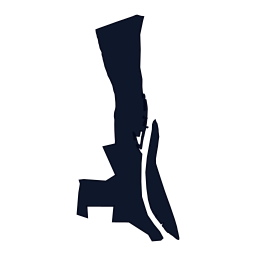 Giza, Al Jizah, Egypt (Equal Earth projection)
{"feature_id": "37247803B55829024150134", "entity_name": "Giza", "entity_type": "district", "adm_level": 2, "iso_a3": "EGY", "parent_name": "Egypt", "parent_adm1": "Al Jizah", "projection": "equal_earth", "projection_center": [31.222, 29.999], "detail": "fine", "context": "isolated", "style": "filled", "palette": "ink", "viewbox_px": 256, "rotation_deg": 0, "n_neighbors": 0, "source": "geoboundaries", "source_scale": "gbopen_adm2", "svg_char_len": 5324}
<svg xmlns="http://www.w3.org/2000/svg" viewBox="0 0 256 256"><path d="M106.3,69.4L107.4,72.2L108.3,75.4L110.5,79.5L111.8,82.6L112.9,85.1L113.5,87.5L114.1,90.6L115.1,93.4L115.4,94.8L115.6,97.0L116.1,102.5L116.2,106.7L115.8,109.4L115.1,111.5L114.8,113.0L114.7,114.3L114.6,116.5L115.1,119.6L115.0,124.6L115.1,130.3L115.4,136.5L115.7,141.0L115.5,144.1L103.3,146.9L115.9,175.1L105.9,181.4L83.8,179.8L79.5,180.3L80.6,183.7L79.1,192.7L77.4,214.1L87.3,217.4L86.6,205.9L114.2,206.0L112.7,221.6L129.0,221.7L148.7,234.3L152.3,240.6L160.7,239.9L162.7,238.0L159.4,231.9L153.6,224.8L147.2,215.5L145.2,209.4L141.3,196.8L140.6,181.8L140.8,163.5L141.6,154.1L140.2,152.4L137.2,146.9L136.3,144.4L136.7,145.0L137.3,145.7L138.2,146.7L138.9,147.3L140.3,148.3L140.8,148.7L141.0,148.7L141.3,148.4L141.4,147.9L141.8,145.1L142.2,142.2L142.5,140.5L143.1,137.6L143.1,137.2L143.0,136.9L142.8,136.8L142.5,136.7L142.0,136.7L142.0,136.8L141.9,136.8L141.6,139.5L141.1,143.0L140.8,144.5L140.6,144.8L140.2,145.1L139.9,145.2L139.2,145.2L138.6,144.9L138.0,144.4L137.6,143.7L137.2,142.6L136.3,139.4L135.7,137.2L135.6,136.9L135.4,136.6L135.1,136.6L134.6,136.7L134.3,136.9L134.2,137.0L134.1,137.7L134.2,138.1L134.3,138.5L134.6,139.5L134.7,140.2L134.3,139.2L133.1,131.7L133.5,132.3L133.6,132.8L133.7,133.0L133.7,133.5L133.7,134.0L133.8,134.3L133.9,134.6L134.0,134.6L134.0,133.9L134.1,133.7L134.3,133.6L134.5,133.6L134.7,133.9L134.9,134.3L134.9,134.5L134.9,134.8L134.8,135.0L134.7,135.1L134.2,135.5L134.1,135.8L134.2,136.0L134.3,136.1L134.6,136.2L135.6,135.9L136.4,135.8L137.7,135.9L138.9,136.1L139.1,136.1L139.2,135.9L139.3,135.3L140.1,131.2L140.2,130.8L140.4,130.6L144.4,131.6L144.5,131.5L144.7,130.6L144.9,130.3L145.3,128.3L145.4,127.4L146.0,127.3L146.5,127.3L146.8,127.5L147.0,127.5L147.4,127.6L147.7,127.4L147.8,127.3L147.8,127.2L147.7,127.1L147.3,127.5L147.2,127.5L147.1,127.4L146.9,127.4L146.7,127.3L146.7,127.2L146.0,126.7L145.6,126.6L145.5,126.3L145.6,126.1L145.7,125.9L145.9,124.9L146.1,123.6L146.3,121.7L146.6,118.8L146.5,119.0L146.3,119.4L146.2,119.5L145.9,119.6L145.6,119.8L145.5,120.0L145.4,120.2L145.3,120.5L145.3,121.1L145.2,122.2L145.2,122.4L145.0,122.8L144.9,123.1L144.8,124.8L144.8,125.6L144.7,125.7L144.6,125.8L143.6,125.4L143.3,125.2L143.7,124.9L143.8,124.8L143.9,124.6L144.0,124.2L143.9,123.6L143.8,123.3L143.6,123.1L143.6,122.9L143.8,122.5L144.1,122.1L144.5,121.7L144.8,121.2L144.8,120.7L144.9,120.3L145.1,119.9L145.3,119.6L145.5,119.5L145.8,119.3L146.2,118.8L146.6,118.4L145.3,118.2L144.4,118.0L143.3,117.9L143.1,117.8L143.1,117.6L143.4,117.2L143.4,116.7L143.5,116.6L143.6,116.4L143.8,116.5L143.8,116.8L143.7,117.1L143.7,117.3L143.7,117.5L143.8,117.7L144.9,117.8L146.0,118.1L146.6,118.2L146.6,117.9L146.7,116.2L146.9,110.8L147.0,109.1L146.9,107.6L146.8,106.5L146.3,103.3L146.0,101.4L145.8,100.0L145.7,99.9L145.5,100.0L145.4,100.1L145.4,100.3L145.3,100.5L145.3,101.5L145.3,102.8L145.4,105.2L145.4,105.6L145.2,106.4L145.0,107.4L145.0,107.8L145.0,109.6L145.0,110.1L144.9,110.2L144.8,110.3L144.7,110.3L144.3,110.3L144.2,110.3L144.2,110.2L144.2,109.8L144.4,108.2L144.2,107.9L144.2,107.7L144.2,107.1L144.2,106.9L143.9,106.3L143.8,105.9L143.9,105.7L144.0,105.5L144.3,105.4L144.5,105.3L144.6,105.2L144.4,104.1L144.2,103.2L144.1,102.2L144.0,101.5L144.1,101.0L144.0,100.1L144.1,99.9L144.4,99.7L144.5,99.5L144.7,97.1L144.7,96.8L144.6,96.4L144.6,95.9L144.5,95.6L144.4,95.3L144.3,95.0L143.9,94.3L143.8,94.2L143.7,94.2L143.5,94.3L143.4,94.4L143.3,94.6L143.1,95.5L142.8,97.3L142.7,98.3L141.6,86.7L141.7,79.3L139.5,67.4L140.0,49.6L139.5,34.5L142.3,20.9L143.4,16.8L141.1,16.6L137.0,15.4L135.7,15.7L133.4,16.7L131.2,17.5L116.3,22.6L108.6,25.4L99.6,28.6L96.2,29.9L96.4,31.4L96.6,32.7L96.9,33.7L97.3,35.1L97.6,37.0L98.4,38.8L98.6,39.8L98.9,41.6L99.1,43.1L99.6,44.5L99.9,45.8L100.1,47.0L100.4,48.2L100.8,49.1L101.3,50.1L101.8,51.1L102.3,52.3L102.3,54.7L103.1,57.3L103.5,59.6L104.4,62.8L105.2,66.4L106.3,69.4ZM152.8,124.4L152.6,129.7L147.6,157.3L146.1,172.4L147.1,188.0L148.7,199.6L150.9,207.8L151.6,209.4L152.5,211.1L152.9,212.1L153.4,212.8L154.2,214.1L154.5,214.6L154.8,215.0L155.4,215.7L155.6,215.8L156.3,215.4L156.5,215.3L156.7,215.6L156.7,215.8L156.6,216.0L156.3,216.3L156.2,216.8L155.9,216.9L161.1,223.5L162.1,222.9L162.4,222.8L162.6,222.8L162.8,222.8L163.0,223.0L163.2,223.3L163.4,223.6L163.5,223.7L163.5,223.9L163.5,224.0L163.3,224.2L162.9,224.9L162.6,225.2L162.6,225.4L162.6,225.6L162.7,225.9L162.8,226.1L163.0,226.3L163.9,227.2L164.2,227.5L164.4,227.9L165.0,228.9L165.4,229.5L166.0,230.2L166.5,230.8L167.3,231.6L168.1,232.3L168.3,232.4L168.7,232.3L168.9,232.3L169.2,232.4L169.5,232.5L169.9,233.2L170.0,233.4L170.6,233.8L171.5,234.4L172.2,234.9L172.8,235.2L175.7,237.7L176.4,238.2L176.7,238.5L178.2,239.2L178.3,239.2L178.5,239.2L178.6,238.9L178.6,238.5L178.6,238.0L178.6,237.9L177.7,233.3L176.8,229.5L176.4,227.3L176.2,226.5L174.1,219.4L169.7,206.5L165.8,195.7L164.2,191.2L159.6,177.2L155.3,163.6L155.2,158.7L155.7,155.5L156.5,150.6L157.3,146.0L157.4,144.9L157.6,143.2L158.2,138.7L158.5,136.8L157.9,131.7L157.9,131.4L157.8,129.1L157.6,128.2L157.3,126.5L157.0,124.8L156.8,124.0L156.7,123.7L156.4,123.1L156.1,122.9L155.7,122.6L155.6,122.4L155.8,122.2L155.1,120.2L153.8,121.6L152.8,124.4ZM144.4,131.9L143.1,131.7L143.0,131.8L142.1,136.3L143.2,136.6L143.4,136.5L143.5,136.3L144.4,132.0L144.4,131.9Z" fill="#0f172a" stroke="#020617" stroke-width="1.5"/></svg>